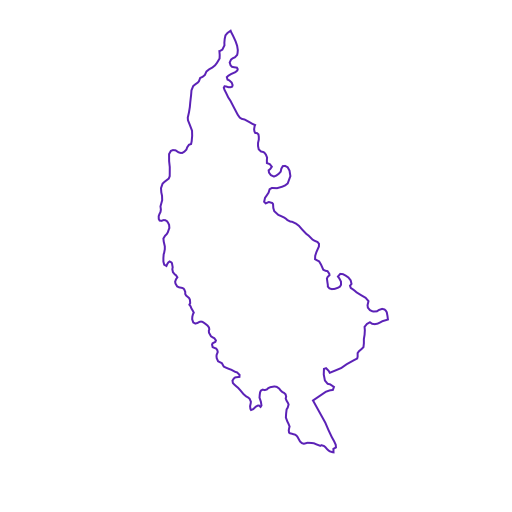 Mazyr, Gomel, Belarus, rotated 241°
{"feature_id": "67162791B88851399193905", "entity_name": "Mazyr", "entity_type": "district", "adm_level": 2, "iso_a3": "BLR", "parent_name": "Belarus", "parent_adm1": "Gomel", "projection": "robinson", "projection_center": [29.026, 51.973], "detail": "fine", "context": "isolated", "style": "outline", "palette": "violet", "viewbox_px": 512, "rotation_deg": 241, "n_neighbors": 0, "source": "geoboundaries", "source_scale": "gbopen_adm2", "svg_char_len": 5645}
<svg xmlns="http://www.w3.org/2000/svg" viewBox="0 0 512 512"><g transform="rotate(241 256 256)"><path d="M136.5,340.6L139.5,341.8L143.4,343.1L145.4,343.0L146.9,342.5L148.6,340.7L149.2,337.4L149.0,334.9L150.4,332.0L151.3,330.9L153.4,329.4L156.6,328.8L158.9,329.7L162.0,332.5L166.3,331.6L171.0,328.8L175.5,326.3L177.5,325.6L179.6,324.7L182.1,323.4L184.4,323.8L185.3,326.0L188.8,327.0L192.4,326.4L195.4,324.9L198.0,323.2L199.5,321.0L198.3,317.7L196.0,318.0L192.4,317.9L189.6,316.4L188.5,314.5L188.5,312.3L189.1,308.8L190.3,306.2L192.1,304.5L194.4,304.0L195.9,304.8L198.6,305.8L201.9,307.1L203.0,308.6L203.6,311.0L205.0,311.5L208.1,311.2L209.3,309.7L211.3,308.2L216.9,308.7L220.7,308.6L222.9,307.1L224.6,306.1L227.5,307.9L230.2,310.8L232.0,313.2L233.8,315.6L236.1,317.0L238.4,316.6L241.1,314.5L243.0,313.4L248.3,311.9L251.0,310.7L256.8,309.2L261.5,308.2L264.9,306.7L268.4,304.2L269.5,302.7L272.3,300.8L273.5,300.5L275.8,299.4L279.0,297.1L281.2,295.4L286.4,293.7L289.6,294.4L293.2,296.1L294.5,295.9L297.0,293.4L297.3,290.0L299.5,289.4L302.5,292.1L303.6,294.4L305.3,297.7L307.8,300.3L307.8,302.9L306.3,305.3L305.1,307.3L303.9,312.5L303.6,315.7L304.1,318.9L306.6,321.8L309.2,324.8L314.4,326.7L318.3,326.7L320.7,325.1L321.6,323.0L320.1,320.5L317.8,318.5L316.9,315.8L316.5,312.7L316.8,310.2L319.5,308.2L322.6,307.8L324.8,308.6L325.2,310.7L326.4,313.1L329.6,312.6L332.0,310.6L334.6,312.0L336.7,313.4L339.9,313.8L342.4,313.4L343.5,312.7L345.0,311.0L348.0,310.1L351.2,311.1L353.9,312.6L356.5,314.9L358.8,316.2L361.2,317.1L363.1,316.4L363.9,315.0L365.6,315.0L367.8,315.8L370.3,317.8L371.0,318.7L373.3,316.9L376.2,315.2L378.4,313.8L380.9,312.2L382.9,310.0L384.9,308.9L388.4,308.5L392.7,308.6L397.1,308.7L404.1,308.9L408.2,308.6L413.1,308.9L416.5,309.0L418.8,309.4L419.7,310.8L418.6,312.2L417.0,313.7L415.9,315.7L415.7,317.3L416.8,318.4L419.5,318.8L422.5,317.8L424.1,316.6L426.6,317.2L427.1,319.3L427.2,322.5L426.8,327.1L427.3,329.6L428.3,330.6L430.0,330.6L431.5,328.6L433.1,326.7L435.1,326.2L438.0,326.8L439.9,329.4L440.2,331.5L440.0,333.9L441.0,337.0L442.5,338.3L444.9,339.9L449.0,341.4L453.5,342.2L457.1,342.5L460.0,342.7L463.9,342.8L465.3,343.0L464.9,339.2L463.8,336.3L461.1,333.9L458.0,331.8L455.5,330.5L452.8,326.6L452.8,323.5L452.9,323.3L449.4,321.7L446.4,319.9L443.8,315.4L442.6,312.6L442.0,309.2L442.0,305.6L441.4,302.1L439.1,299.0L438.6,296.2L438.8,293.5L436.5,290.8L435.9,289.2L435.6,286.3L435.1,283.5L432.2,279.9L428.0,277.1L422.7,273.3L418.3,270.3L414.1,267.0L410.1,263.4L407.7,262.3L402.9,261.7L396.6,260.8L392.0,258.4L387.6,255.4L385.4,253.5L385.8,251.3L384.4,248.5L382.8,246.7L382.0,243.9L381.9,241.4L382.8,239.9L384.4,238.4L387.4,236.9L388.9,234.7L389.2,232.5L387.3,229.4L381.1,226.0L375.6,223.7L371.3,221.3L367.6,219.2L366.0,217.2L365.7,215.1L365.2,211.8L364.6,209.4L361.4,205.8L357.5,204.0L354.2,203.0L350.3,201.0L345.7,196.5L342.7,195.3L340.8,193.8L339.5,191.9L338.0,190.2L335.5,188.9L333.7,188.9L332.5,190.5L332.3,192.4L331.3,194.0L329.6,195.0L327.9,195.2L325.4,195.1L322.5,193.8L320.7,191.7L319.5,190.4L318.4,188.5L317.8,186.3L316.2,183.5L313.4,182.3L308.6,180.9L306.1,179.5L303.2,177.1L302.3,176.1L299.1,174.0L296.0,172.3L292.9,171.5L290.7,172.8L292.2,174.8L292.9,176.3L293.1,177.8L291.4,178.9L290.5,179.0L286.6,177.7L285.0,176.4L282.1,175.5L279.1,176.1L278.0,176.7L275.5,176.9L274.4,174.7L272.7,172.8L270.9,172.2L267.6,172.3L265.8,173.6L264.6,175.1L263.7,176.1L262.5,176.9L261.3,177.0L258.9,176.7L257.8,176.1L257.1,175.7L255.3,175.7L253.0,176.6L251.6,177.1L249.8,177.0L246.7,175.6L245.7,174.1L243.8,174.4L241.5,174.1L238.6,174.2L236.6,174.1L235.7,172.7L233.8,170.9L231.6,169.5L228.3,168.9L226.3,170.2L225.8,172.3L225.8,174.6L225.3,176.1L224.4,177.2L222.4,178.3L220.6,179.1L218.6,179.9L216.3,180.2L214.5,179.6L213.5,178.5L211.7,177.7L209.6,177.7L207.6,177.7L205.6,178.8L204.3,179.7L201.6,180.0L200.6,178.8L200.7,175.7L199.8,174.6L197.3,173.9L195.8,175.1L194.3,176.3L192.4,176.5L190.6,176.0L189.9,175.2L188.7,173.7L187.6,172.9L185.7,172.1L182.3,171.8L178.8,174.2L174.9,174.2L172.9,175.6L170.6,177.4L168.4,179.3L164.8,181.6L163.4,183.0L160.0,184.0L158.3,182.9L159.0,181.2L159.9,179.0L159.6,177.2L158.4,175.0L156.1,174.2L154.1,174.7L151.5,175.6L149.5,176.4L146.1,177.2L141.3,178.1L138.0,179.3L136.1,180.5L134.3,181.2L131.1,180.9L129.9,180.1L127.5,178.0L125.0,177.0L123.7,177.0L123.4,179.3L123.9,181.2L124.3,182.7L124.3,185.0L123.8,186.1L121.8,186.8L122.6,188.3L126.1,189.6L130.4,190.4L132.7,191.9L134.8,193.5L135.9,195.0L135.9,197.0L134.5,198.6L134.0,200.8L134.5,202.7L134.3,205.0L133.6,207.0L133.0,208.8L131.5,210.7L128.8,212.0L126.7,212.3L124.2,213.1L122.8,214.1L120.7,214.8L118.4,214.2L117.0,212.9L114.8,212.6L111.9,212.7L110.3,212.5L108.0,210.2L107.0,208.4L103.5,205.9L100.2,203.8L96.2,203.2L93.7,203.1L90.6,202.7L89.2,201.4L87.6,200.1L85.5,199.3L84.4,199.8L83.4,201.0L82.0,202.3L80.9,203.5L79.3,204.3L77.8,204.6L74.7,204.6L72.4,204.6L70.1,205.4L68.6,206.8L68.1,208.7L67.7,210.4L66.5,212.4L65.4,214.1L64.1,215.9L62.1,217.4L58.8,220.2L58.8,221.5L56.9,223.3L55.2,224.0L52.7,224.5L50.6,225.2L49.3,225.9L47.3,227.8L46.7,228.6L49.8,230.2L49.8,233.1L52.2,234.2L56.0,234.5L61.1,234.5L68.7,235.0L76.6,235.8L84.5,235.8L90.3,235.8L95.8,235.8L102.0,235.8L103.4,251.3L102.7,255.4L101.6,258.3L103.7,260.7L107.8,258.6L109.5,256.7L113.7,255.9L119.5,257.8L124.3,260.7L123.9,262.9L120.2,263.9L118.1,263.9L117.4,269.8L116.7,276.3L117.4,283.0L117.4,291.0L117.3,294.8L118.7,296.1L121.8,297.8L122.8,299.9L123.5,303.4L124.2,305.8L127.3,308.0L131.1,310.1L134.5,312.8L138.3,315.2L141.4,316.6L142.8,320.1L142.8,323.5L140.4,324.7L138.8,326.8L137.9,329.5L137.7,332.6L137.7,335.0L136.8,339.0L136.5,340.6Z" fill="none" stroke="#5b21b6" stroke-width="2"/></g></svg>